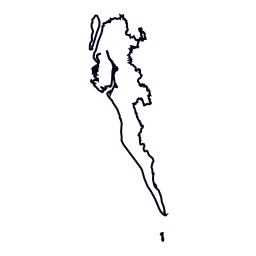 the district of Cox's Bazar, Chittagong, Bangladesh
{"feature_id": "16705992B34517682786426", "entity_name": "Cox's Bazar", "entity_type": "district", "adm_level": 2, "iso_a3": "BGD", "parent_name": "Bangladesh", "parent_adm1": "Chittagong", "projection": "robinson", "projection_center": [92.099, 21.257], "detail": "fine", "context": "isolated", "style": "outline", "palette": "ink", "viewbox_px": 256, "rotation_deg": 0, "n_neighbors": 0, "source": "geoboundaries", "source_scale": "gbopen_adm2", "svg_char_len": 5668}
<svg xmlns="http://www.w3.org/2000/svg" viewBox="0 0 256 256"><path d="M123.4,19.1L123.1,15.4L122.4,15.7L122.2,16.4L120.5,15.4L121.0,17.3L120.3,17.6L120.0,18.7L119.6,18.3L116.6,19.0L115.9,18.3L114.6,18.1L112.8,19.2L111.8,19.3L110.6,18.7L110.4,19.9L109.7,20.8L110.4,21.2L109.7,22.2L108.7,22.1L108.9,21.1L108.5,20.8L107.6,22.2L106.7,21.9L105.8,23.2L104.2,23.1L103.4,23.5L103.8,25.9L103.2,26.5L102.5,26.4L102.3,29.6L101.4,33.5L98.1,41.8L96.0,50.0L94.1,53.2L94.2,54.3L93.6,56.0L93.8,58.2L94.8,59.0L94.8,59.6L96.8,61.9L97.5,62.1L98.3,61.8L98.4,61.0L96.8,57.6L97.0,55.5L98.1,54.3L100.9,53.5L97.7,54.9L97.2,56.0L97.3,57.8L98.9,60.8L98.9,62.5L98.0,64.4L98.1,65.7L97.5,65.0L97.2,66.1L96.1,66.5L95.6,67.6L95.6,69.2L95.1,70.9L95.5,71.4L96.6,69.6L97.0,69.6L97.7,67.4L97.1,70.3L97.6,70.6L97.5,71.1L96.5,71.7L96.0,72.7L95.9,74.1L96.4,74.5L94.5,74.4L94.1,75.8L95.0,77.1L95.7,76.8L95.9,77.9L98.7,79.3L97.8,79.3L97.9,80.3L97.5,79.9L96.4,79.9L96.2,80.3L94.5,79.7L92.9,81.8L93.4,82.8L95.0,83.5L94.5,83.9L93.3,83.2L94.6,86.0L95.2,86.0L95.5,86.8L96.0,87.0L99.0,90.4L101.5,91.4L102.2,90.7L101.7,91.9L102.0,92.1L102.6,92.1L103.7,89.7L104.7,90.0L105.6,89.0L102.9,88.7L100.6,86.6L103.3,88.5L103.9,88.1L105.9,88.4L106.2,87.6L105.7,86.5L107.9,86.4L111.3,85.4L112.1,79.5L112.5,70.8L113.3,67.5L113.1,69.6L113.7,69.2L113.6,67.9L112.2,62.8L109.0,58.4L106.9,51.5L107.0,50.5L109.3,58.4L111.6,60.7L113.8,64.4L114.4,64.7L116.0,67.9L116.2,69.2L115.8,70.0L117.0,69.9L117.4,69.2L116.3,66.3L117.6,68.9L117.2,70.0L115.0,71.2L113.6,75.2L114.8,83.8L115.5,84.0L116.1,85.0L116.0,86.8L117.0,86.8L117.7,87.4L115.8,86.9L116.0,85.6L115.0,84.3L111.7,91.4L110.9,91.4L111.0,92.2L110.3,94.1L110.2,93.5L110.7,91.9L110.3,91.0L107.8,92.6L107.2,93.9L108.5,96.7L112.2,100.8L113.0,102.7L117.3,109.3L119.8,116.0L119.8,118.3L120.8,119.1L120.6,119.4L121.7,123.1L121.1,131.9L121.7,137.1L121.5,140.3L123.4,144.4L140.9,168.0L142.2,170.7L144.3,178.4L147.5,186.1L151.2,191.8L154.9,198.5L159.5,209.4L161.1,212.1L163.2,214.3L165.1,215.4L165.9,215.3L166.2,214.9L165.5,215.1L164.5,214.3L164.9,213.6L164.8,212.3L164.2,211.9L164.5,210.9L163.7,206.7L161.9,202.1L161.1,196.8L158.9,191.0L158.5,190.2L155.7,187.6L154.2,185.1L153.0,179.4L153.2,175.1L152.5,172.7L152.4,169.8L151.5,167.2L152.4,163.0L153.2,162.0L153.5,161.0L152.5,158.2L148.9,155.1L147.4,151.2L146.5,150.8L145.0,151.4L144.0,150.5L143.6,147.9L144.4,146.1L143.9,144.2L142.8,143.9L141.1,144.6L140.4,144.4L139.9,140.9L140.5,140.3L139.8,139.4L140.2,137.9L139.7,137.5L139.6,136.5L139.2,136.0L139.5,135.2L138.9,135.0L139.4,134.6L139.0,134.1L139.6,132.9L141.0,131.8L141.3,128.8L142.6,127.6L142.4,126.6L142.9,126.4L142.6,125.6L141.3,125.9L141.0,125.6L141.2,124.9L140.4,123.8L140.7,123.3L139.8,122.6L139.7,121.0L139.2,121.0L137.8,118.7L137.6,117.3L136.9,117.1L136.6,113.4L135.9,112.3L135.6,112.6L135.1,109.5L133.9,107.2L133.6,104.4L133.2,103.8L134.7,103.3L135.2,104.0L135.7,103.9L136.1,102.8L137.5,101.8L137.2,101.2L137.5,99.7L138.7,98.5L139.2,98.9L140.9,98.5L141.4,99.8L142.2,99.4L143.3,102.9L143.8,103.4L143.7,104.3L144.2,105.5L146.0,104.7L146.9,103.8L149.2,104.3L150.8,103.4L150.8,102.5L149.5,101.5L150.1,99.5L148.8,98.9L148.8,97.1L148.2,96.1L149.1,95.9L149.1,94.9L150.1,95.1L149.6,94.3L149.8,93.7L149.5,92.6L149.6,91.2L148.7,90.6L148.6,90.0L147.9,90.6L147.5,89.8L147.1,89.8L147.3,87.9L146.4,87.2L146.5,86.4L145.1,86.0L144.3,86.5L144.2,84.6L143.0,84.5L142.7,85.1L141.9,85.3L141.9,86.8L141.4,85.8L141.4,84.9L140.3,85.7L139.4,84.6L139.6,83.6L138.0,81.4L138.0,80.0L139.0,78.7L140.6,77.7L141.7,75.4L140.8,74.8L139.9,72.8L140.0,72.4L139.4,72.1L140.0,71.5L140.1,70.1L139.2,69.2L138.3,69.1L138.1,69.9L136.3,70.8L136.1,70.2L135.5,70.0L135.9,68.8L135.3,67.0L133.6,65.9L132.9,64.9L131.1,64.4L130.4,63.1L129.2,62.7L131.4,61.5L131.2,60.6L129.6,60.2L130.4,59.8L130.5,59.0L131.1,59.0L130.3,57.7L129.4,57.7L129.8,57.3L129.4,55.9L128.2,55.2L129.9,53.9L129.6,52.9L129.9,52.4L130.6,52.0L131.4,52.2L131.3,51.3L130.4,50.0L131.7,50.5L132.1,50.1L131.5,48.6L130.7,48.0L131.2,47.4L132.5,47.7L131.6,46.3L135.0,47.0L135.1,47.7L136.0,47.1L137.8,47.4L138.3,46.7L137.4,45.5L138.2,42.7L138.2,41.5L139.0,40.9L139.3,39.9L140.3,39.3L140.5,38.1L141.1,38.1L141.1,39.9L142.3,40.7L142.8,40.6L143.1,38.8L143.7,38.6L144.5,39.1L145.7,38.8L144.5,35.6L144.8,33.9L143.4,32.0L142.7,32.2L142.4,32.9L142.0,33.1L141.7,31.4L140.8,30.5L141.5,30.8L141.7,29.6L141.1,28.3L139.3,28.7L139.5,29.3L139.2,29.5L139.7,31.1L141.0,32.7L141.1,35.5L141.7,36.0L142.6,40.2L141.4,39.9L141.4,38.1L140.8,37.7L140.2,38.1L140.1,39.1L139.1,39.7L138.9,40.6L137.8,39.7L136.9,40.2L135.7,39.8L133.8,36.3L132.8,37.3L130.8,37.2L130.5,37.6L129.8,36.3L129.8,34.9L129.0,35.2L126.5,34.6L125.9,33.4L126.5,32.3L126.1,32.0L126.6,30.9L127.4,30.7L127.8,29.5L126.7,26.6L127.2,25.8L126.7,24.0L126.9,23.4L126.3,23.3L126.5,21.2L125.8,21.1L125.9,20.4L125.2,20.1L124.8,19.0L123.4,19.1ZM95.8,15.5L94.9,16.1L93.8,18.2L92.3,19.5L92.5,22.7L91.7,23.6L91.5,26.4L93.1,31.6L91.7,35.5L92.0,40.5L90.3,43.0L89.8,46.0L89.8,49.3L90.4,49.6L92.2,49.1L92.1,46.4L92.9,45.6L96.8,32.7L99.3,26.0L99.5,22.1L99.1,20.1L97.2,15.9L95.8,15.5ZM94.2,72.5L95.1,66.3L92.3,68.4L92.7,70.3L93.2,70.4L92.9,73.2L94.2,72.5ZM162.6,233.1L161.3,233.4L160.8,234.3L162.3,236.0L162.5,238.5L162.1,239.0L162.2,240.0L162.6,240.6L163.1,240.6L163.3,238.9L162.5,236.1L162.6,233.1ZM156.7,187.6L155.6,184.9L154.6,184.0L154.5,184.6L154.9,185.5L156.7,187.6ZM115.5,69.9L115.9,68.1L114.8,66.1L115.5,69.9ZM113.6,71.1L114.5,70.0L114.2,68.8L113.5,69.9L113.6,71.1ZM91.5,82.3L91.6,80.5L91.4,80.3L91.0,81.1L91.5,82.3ZM153.7,174.5L153.7,173.5L153.3,172.6L153.3,173.5L153.7,174.5ZM110.5,86.6L110.6,86.1L109.7,86.3L109.9,86.7L110.5,86.6ZM93.0,83.0L92.9,82.7L92.4,82.1L92.3,82.7L93.0,83.0Z" fill="none" stroke="#020617" stroke-width="2"/></svg>